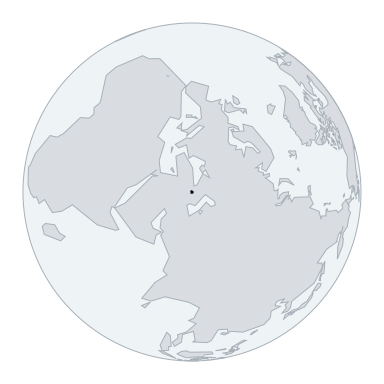 Aragatsotn highlighted on a globe, orthographic projection, rotated 77°
{"feature_id": "ARM-1553", "entity_name": "Aragatsotn", "entity_type": "Province", "adm_level": 1, "iso_a3": "ARM", "parent_name": "Armenia", "parent_adm1": "", "projection": "orthographic", "projection_center": [44.108, 40.464], "detail": "fine", "context": "on_globe", "style": "filled", "palette": "ink", "viewbox_px": 384, "rotation_deg": 77, "n_neighbors": 0, "source": "natural_earth", "source_scale": "10m", "svg_char_len": 10806}
<svg xmlns="http://www.w3.org/2000/svg" viewBox="0 0 384 384"><g transform="rotate(77 192 192)"><circle cx="192" cy="192" r="169" fill="#eef3f6" stroke="#a8b0b8"/><path d="M166.8,24.9L167.0,24.9L172.8,24.2L176.3,23.8L189.2,25.0L208.0,27.4L215.6,27.5L212.6,28.3L228.2,28.8L239.5,31.6L225.7,28.9L223.5,29.1L230.6,31.0L229.9,31.7L232.9,33.1L231.4,33.9L223.4,32.7L222.3,33.3L227.4,34.7L229.1,36.7L221.8,34.5L224.0,37.8L211.1,37.4L192.6,32.6L184.4,34.5L162.5,35.8L163.4,36.9L155.7,38.7L153.8,40.9L150.3,40.9L151.9,42.7L155.5,42.3L157.4,43.0L156.6,44.4L152.0,44.5L151.7,43.8L149.9,44.6L147.9,44.1L148.5,45.1L142.9,45.4L147.2,47.2L141.9,49.2L138.5,48.8L140.4,46.1L137.4,39.8L134.6,39.3L128.7,40.9L114.3,49.3L110.5,50.2L104.3,53.4L105.6,53.9L110.9,51.7L111.8,53.9L118.3,51.4L119.6,52.1L125.6,51.0L123.0,54.3L117.1,58.2L112.0,59.4L109.3,61.3L112.8,62.9L101.9,68.3L92.4,77.7L89.8,79.1L87.2,76.0L90.8,68.6L87.4,66.3L87.8,71.1L81.2,75.0L79.4,77.2L78.7,79.1L80.5,79.1L77.9,81.3L76.5,76.9L78.9,74.8L79.3,76.1L80.9,72.9L79.9,70.7L76.7,73.2L78.7,68.4L76.4,70.3L75.5,70.5L79.1,67.7L72.8,72.9L73.8,71.3L83.6,62.4L94.0,54.4L105.0,47.1L116.6,40.8L128.7,35.4L141.1,30.9L153.8,27.4L166.8,24.9ZM23.2,200.1L24.2,209.7L26.7,224.4L28.1,232.3L28.2,233.3L24.9,216.8L23.2,200.1ZM173.1,24.1L178.0,23.7L173.0,24.1L169.1,24.6L173.1,24.1ZM187.4,23.6L184.8,23.7L183.5,23.4L185.4,23.4L187.4,23.6ZM221.3,27.8L217.3,27.1L221.4,27.6L221.3,27.8ZM233.6,33.2L234.9,33.3L235.9,34.0L233.6,33.2ZM126.6,49.4L126.1,50.2L125.3,49.9L126.6,49.4ZM129.7,48.2L129.1,47.4L130.5,46.7L130.9,47.3L129.7,48.2ZM234.5,36.0L235.7,37.4L233.1,35.7L234.5,36.0ZM130.1,49.4L133.0,45.7L135.5,44.7L138.8,45.9L130.1,49.4ZM235.5,38.1L238.5,41.9L241.7,42.2L234.2,43.8L234.2,39.8L230.5,37.6L233.9,38.5L235.5,38.1ZM156.9,41.6L153.1,42.1L157.0,40.5L156.9,41.6ZM159.0,40.5L168.3,35.3L173.6,35.6L169.4,37.1L176.8,36.8L174.9,39.4L170.3,40.2L167.3,39.4L168.8,41.1L159.0,40.5ZM229.6,44.2L229.1,45.1L228.1,44.0L229.6,44.2ZM158.4,43.2L159.8,42.0L164.5,42.2L162.6,44.6L161.7,43.7L158.4,43.2ZM179.8,35.5L182.9,36.2L182.2,38.5L183.3,39.1L175.3,39.5L179.8,35.5ZM160.2,44.4L161.5,45.9L158.6,47.1L157.4,44.4L160.2,44.4ZM166.6,41.2L168.7,41.5L166.9,42.1L166.6,41.2ZM149.0,52.8L150.5,51.1L153.1,51.0L149.0,52.8ZM162.1,46.3L163.1,45.9L164.3,45.7L164.5,47.0L162.1,46.3ZM175.3,41.2L174.3,42.1L178.6,41.1L178.2,43.0L172.9,43.0L175.0,43.8L174.9,44.4L170.7,43.8L175.3,41.2ZM168.3,47.8L161.4,48.8L157.9,51.8L155.5,52.0L161.6,47.1L168.3,47.8ZM170.1,45.4L168.4,46.9L166.3,46.2L166.1,44.8L170.1,45.4ZM179.8,44.3L181.8,41.5L182.9,41.6L179.8,44.3ZM167.7,48.7L169.4,48.5L167.7,49.0L167.7,48.7ZM176.6,45.8L177.1,44.7L178.3,44.8L176.6,45.8ZM172.3,49.0L170.0,49.3L169.8,48.3L172.3,49.0ZM174.6,47.6L176.1,48.1L171.1,47.8L174.6,47.1L174.6,47.6ZM177.6,46.1L178.5,45.8L177.2,46.5L177.6,46.1ZM174.3,52.9L168.0,52.7L167.6,50.4L173.8,50.8L174.3,52.9ZM53.2,237.8L48.1,209.5L52.6,203.8L54.8,193.3L86.9,174.0L92.2,179.9L115.7,185.8L118.4,188.4L113.9,196.3L130.3,213.0L137.5,207.4L154.0,216.9L166.0,218.4L173.3,202.4L153.6,199.6L151.8,190.8L168.9,186.0L186.4,188.8L186.2,185.5L176.6,177.3L182.0,171.7L173.4,173.9L175.9,177.6L170.6,179.3L168.0,176.1L170.0,174.1L165.2,172.0L156.8,182.5L158.4,187.3L144.8,186.8L146.1,195.0L141.9,197.7L138.1,185.0L139.6,180.9L131.3,165.6L128.6,169.7L136.2,184.6L133.1,182.8L129.5,189.2L129.9,182.9L122.3,166.2L111.0,164.6L94.1,176.0L88.0,174.2L84.0,167.7L92.7,152.0L105.4,157.9L108.6,153.1L108.2,143.2L112.1,146.1L113.5,143.0L118.4,144.9L127.6,140.1L133.0,141.4L138.6,132.5L142.2,132.1L137.8,137.3L137.7,141.9L151.3,145.5L154.6,144.1L157.1,138.2L160.6,140.2L161.3,134.1L170.2,133.6L160.0,129.3L162.7,122.9L169.2,119.1L168.3,116.4L157.8,122.7L155.2,126.1L156.0,130.0L147.4,139.2L142.3,139.6L144.3,127.6L137.3,127.1L141.9,118.5L167.4,105.7L177.0,104.3L188.6,115.3L185.1,118.9L179.3,116.7L182.8,124.6L183.4,121.1L186.3,123.0L189.6,117.9L191.8,119.0L191.3,112.4L194.3,113.2L194.6,117.4L202.2,111.1L209.1,111.6L209.7,109.7L208.5,107.5L218.0,110.0L218.1,108.5L215.0,107.1L213.1,103.3L213.5,97.8L216.8,99.0L217.1,101.1L222.7,107.6L223.0,113.5L224.4,113.4L224.9,108.6L218.1,100.6L217.4,97.1L221.1,100.3L219.7,98.8L220.4,97.4L224.1,97.2L220.2,93.5L223.3,78.0L230.8,76.5L233.8,80.8L239.4,72.6L247.5,72.4L244.6,71.0L245.4,66.6L242.8,66.5L241.5,65.6L242.2,55.4L245.0,54.3L242.0,49.1L240.5,48.5L238.3,49.0L234.2,43.8L241.7,42.2L244.7,43.6L247.4,42.1L253.8,45.7L260.4,48.3L265.9,53.8L270.6,55.7L271.1,54.9L277.9,57.2L290.1,65.5L278.0,62.2L259.2,52.4L266.7,56.4L264.3,56.7L266.6,58.9L271.9,62.0L272.9,61.6L278.1,73.8L289.5,85.9L290.4,81.3L294.6,81.9L308.4,93.6L321.0,119.4L326.9,122.1L329.7,126.0L330.2,131.4L326.0,125.9L323.2,126.8L320.7,123.1L320.1,130.6L316.6,125.6L317.8,134.3L321.4,136.7L323.3,131.6L325.9,141.6L332.5,144.2L337.4,152.0L340.0,173.8L336.5,185.5L337.1,188.6L333.6,188.4L332.1,197.4L341.2,206.8L342.1,211.2L338.2,225.3L337.5,222.3L328.2,221.9L328.8,233.3L335.9,236.1L338.5,243.7L334.0,245.0L331.1,238.5L327.8,238.1L327.1,228.7L321.2,217.6L316.5,224.1L315.3,218.5L306.5,210.8L298.9,219.7L288.0,241.9L289.1,256.4L284.2,264.8L271.8,248.4L267.1,234.9L262.1,238.0L249.8,228.5L227.0,232.3L224.2,228.7L219.8,231.2L211.3,228.0L207.3,221.7L201.9,222.5L212.6,238.9L218.5,238.1L224.1,230.8L226.0,236.7L234.3,240.9L223.3,256.7L190.2,270.9L187.9,259.9L167.5,227.0L168.6,223.3L168.5,222.9L168.3,222.1L165.5,227.9L162.3,221.1L172.3,244.7L173.5,254.2L189.7,271.5L188.0,273.2L193.5,276.5L212.1,271.7L212.1,275.2L202.7,291.7L177.6,311.4L181.5,323.5L180.6,332.7L166.2,337.3L168.8,343.5L161.6,344.6L162.0,347.5L156.9,349.5L147.9,350.1L131.3,345.9L129.2,343.4L119.3,336.0L105.1,317.5L108.2,311.2L106.3,304.2L94.4,284.0L96.9,275.5L94.0,270.1L87.8,268.4L84.5,261.7L80.9,259.7L59.1,249.4L53.2,237.8ZM74.1,188.1L72.8,191.1L74.1,188.1ZM203.9,200.1L214.9,200.3L211.6,189.8L215.5,189.1L212.9,186.0L211.3,189.1L205.1,180.3L210.5,176.9L209.9,172.3L206.2,172.1L197.4,179.7L206.1,192.1L202.9,196.6L203.9,200.1ZM81.3,75.2L81.3,75.7L80.2,77.9L79.7,77.3L81.3,75.2ZM81.1,85.7L76.9,89.1L79.6,86.1L78.1,85.8L81.9,79.4L88.7,79.4L84.9,80.4L81.1,85.7ZM88.8,71.5L85.6,75.1L88.8,71.1L88.8,71.5ZM116.2,125.4L117.2,128.3L114.2,131.3L107.4,130.7L111.6,126.3L116.2,125.4ZM119.3,132.0L123.2,120.8L127.6,121.1L124.4,122.7L127.0,124.0L122.6,127.1L123.0,138.7L120.4,142.1L109.2,138.6L114.3,137.7L113.0,134.7L119.3,132.0ZM125.4,95.4L127.1,91.6L134.4,97.0L131.9,100.0L125.0,99.4L123.8,95.4L125.4,95.4ZM135.5,52.7L135.7,51.5L137.0,51.4L137.9,52.3L135.5,52.7ZM149.5,52.0L136.0,57.8L135.5,56.7L128.2,61.9L124.1,61.2L129.0,57.7L120.4,61.3L123.1,57.8L117.4,60.7L128.8,53.1L130.9,50.5L130.1,53.6L133.7,54.4L136.0,53.9L144.0,50.8L150.4,45.9L155.1,46.2L156.7,47.7L155.9,48.9L153.1,48.3L154.0,50.4L149.3,50.4L149.5,52.0ZM172.6,70.4L169.7,68.2L170.7,74.1L166.1,73.5L166.5,74.2L162.4,75.4L158.2,78.1L156.4,77.3L155.5,78.8L152.8,79.7L151.1,81.5L147.1,80.8L144.6,83.0L144.2,81.5L140.9,85.6L141.6,82.3L138.1,83.4L139.4,86.0L122.2,79.9L114.6,80.5L107.9,83.0L109.8,77.5L117.3,72.0L127.1,67.5L134.2,68.0L133.8,65.7L137.1,65.3L136.1,67.3L139.6,64.0L142.0,64.3L150.8,61.5L154.4,57.1L157.7,56.1L157.5,58.0L160.9,55.8L162.7,58.8L165.1,58.3L169.3,60.9L167.5,65.2L170.3,64.3L173.6,66.5L172.6,70.4ZM175.4,53.7L174.3,58.5L171.2,60.6L165.2,55.2L162.7,55.3L158.8,52.3L163.4,49.3L164.1,50.4L165.8,50.8L163.7,51.6L166.7,51.3L167.8,52.9L170.4,53.1L169.3,54.6L175.4,53.7ZM122.5,186.2L124.7,187.3L128.5,188.1L126.2,192.3L122.5,186.2ZM117.1,174.8L119.3,175.0L117.9,180.9L115.6,179.9L117.1,174.8ZM121.6,170.2L119.5,174.5L119.3,171.6L121.6,170.2ZM140.0,137.3L142.4,137.3L142.3,138.8L140.4,140.5L140.0,137.3ZM174.5,89.1L173.4,87.2L174.4,86.7L175.2,81.9L178.7,82.2L179.6,85.2L174.5,89.1ZM169.3,204.9L165.1,207.6L163.6,205.9L165.3,205.3L169.3,204.9ZM144.2,200.4L149.4,203.7L143.5,201.5L144.2,200.4ZM178.5,88.7L178.4,86.6L180.2,88.1L178.5,88.7ZM181.3,82.3L183.6,83.5L179.2,81.8L181.3,82.3ZM210.1,330.9L200.0,345.5L191.8,345.7L189.7,341.9L193.0,333.2L202.3,330.3L206.7,325.6L210.1,330.9ZM352.8,241.6L353.9,239.2L353.7,239.8L352.8,241.6ZM351.8,242.7L353.3,239.5L351.3,244.5L351.8,242.7ZM353.9,238.2L355.4,233.6L356.1,231.2L355.8,232.7L353.9,238.2ZM350.6,245.0L342.7,256.7L339.1,259.7L340.3,256.5L346.1,249.7L350.6,245.0ZM340.0,256.8L334.0,257.5L323.0,248.1L327.0,245.4L337.9,247.0L337.3,249.5L341.0,250.3L340.0,256.8ZM353.0,228.4L352.3,234.7L348.3,240.9L346.3,242.9L344.9,237.7L345.7,232.8L347.5,230.6L352.4,208.3L354.5,208.0L353.5,216.4L355.1,218.6L353.0,228.4ZM289.9,257.4L294.3,263.9L291.3,266.6L289.9,257.4ZM352.9,195.3L351.9,204.9L352.3,193.7L352.9,195.3ZM352.2,186.0L353.0,188.6L351.6,187.5L352.2,186.0ZM338.5,192.7L336.7,195.9L335.9,193.9L337.7,188.6L338.5,192.7ZM341.1,158.7L343.8,164.8L344.4,167.4L342.3,164.9L341.1,158.7ZM208.4,91.0L203.3,97.0L202.0,102.1L205.0,105.9L198.7,103.3L200.7,95.4L208.4,91.0ZM221.1,79.4L218.5,76.4L221.0,76.3L221.9,76.9L221.1,79.4ZM218.5,78.6L212.8,77.8L212.2,75.3L216.9,76.3L218.5,78.6ZM195.5,82.7L193.8,84.4L192.4,83.1L195.5,82.7ZM357.5,225.9L355.4,234.8L357.4,226.2L357.8,224.5L357.5,225.9ZM360.8,198.9L360.6,201.0L360.9,195.1L360.8,198.9ZM359.4,212.6L359.2,214.3L359.0,214.6L359.4,212.6ZM360.3,206.9L359.7,211.4L359.8,209.8L360.3,206.9L360.3,206.9ZM356.0,217.9L356.5,220.1L358.0,213.9L356.8,220.2L357.3,223.2L356.8,226.3L356.4,222.8L355.4,230.2L354.7,231.8L354.7,227.3L355.7,218.7L356.4,214.1L358.9,205.7L356.0,217.9ZM360.0,205.5L359.8,202.5L359.9,198.9L360.2,199.8L360.0,205.5ZM358.2,196.0L356.6,194.3L355.9,198.9L356.6,186.5L358.2,190.2L358.2,196.0ZM355.7,188.0L355.1,192.3L355.2,185.7L355.7,188.0ZM354.5,191.3L353.6,188.2L354.5,186.7L354.5,191.3ZM356.1,186.8L355.0,180.6L356.1,183.0L356.1,186.8ZM351.2,181.6L354.4,182.7L351.5,186.0L347.9,175.3L348.8,172.6L351.2,181.6ZM334.1,124.3L331.9,121.9L331.8,119.0L333.4,121.5L334.1,124.3ZM329.4,108.4L331.1,117.5L332.1,125.3L333.4,125.1L336.5,131.3L332.7,128.9L329.6,119.8L329.5,114.9L326.3,110.1L324.2,104.5L319.7,100.0L317.8,96.6L321.8,99.3L329.4,108.4ZM317.7,98.3L309.2,89.7L310.4,86.8L312.6,88.1L316.0,93.1L315.1,94.3L317.7,98.3ZM307.5,86.9L306.6,88.1L292.1,80.3L289.3,78.0L301.0,81.8L300.8,83.3L304.1,85.9L307.5,86.9ZM231.0,45.4L229.3,45.1L230.6,44.7L231.0,45.4ZM240.1,65.7L238.5,64.3L240.1,63.7L240.1,65.7ZM235.0,60.3L234.3,61.9L233.7,59.7L235.0,60.3ZM232.9,65.7L233.4,62.3L234.9,66.3L232.9,65.7Z" fill="#d9dde1" stroke="#a8b0b8" stroke-width="1"/><path d="M191.1,192.7L190.9,192.5L190.9,192.4L190.9,192.2L191.0,192.2L191.2,191.9L191.3,191.9L191.5,192.0L191.7,191.9L191.8,191.9L191.8,192.0L192.0,192.0L192.0,191.9L192.2,191.7L191.9,191.5L192.0,191.4L192.1,191.2L192.3,191.3L192.3,191.2L192.5,191.2L192.7,191.3L192.7,191.5L192.9,191.7L193.0,191.7L193.0,191.8L192.9,192.1L192.9,192.3L192.7,192.5L192.7,192.8L192.5,192.7L192.4,192.7L192.2,192.7L192.1,192.8L191.8,192.8L191.7,192.8L191.7,192.7L191.4,192.6L191.2,192.6L191.1,192.7Z" fill="#0f172a" stroke="#020617" stroke-width="1.5"/></g></svg>